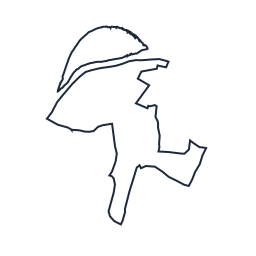 outline of Waraq, Al Jizah, Egypt, rotated 285°
{"feature_id": "37247803B78325352338503", "entity_name": "Waraq", "entity_type": "district", "adm_level": 2, "iso_a3": "EGY", "parent_name": "Egypt", "parent_adm1": "Al Jizah", "projection": "orthographic", "projection_center": [31.223, 30.097], "detail": "fine", "context": "isolated", "style": "outline", "palette": "slate", "viewbox_px": 256, "rotation_deg": 285, "n_neighbors": 0, "source": "geoboundaries", "source_scale": "gbopen_adm2", "svg_char_len": 5401}
<svg xmlns="http://www.w3.org/2000/svg" viewBox="0 0 256 256"><g transform="rotate(285 128 128)"><path d="M132.0,191.2L123.1,192.4L117.8,189.2L117.1,186.2L115.2,172.9L113.2,163.5L117.7,163.3L120.4,162.2L128.8,160.6L136.0,157.0L136.8,156.7L139.2,156.2L142.1,155.0L145.8,151.7L156.5,150.0L157.1,147.9L156.7,147.5L154.7,143.6L154.7,141.9L152.1,141.7L153.9,129.3L174.7,137.4L178.2,124.7L186.0,126.3L192.7,140.5L196.1,140.4L196.1,142.1L196.5,149.1L201.0,149.7L202.5,150.0L202.7,148.9L202.7,140.5L200.7,134.2L196.8,123.1L195.7,118.2L192.6,111.5L188.8,106.4L185.3,100.8L183.0,96.0L178.8,86.0L174.2,77.4L171.1,72.5L165.1,68.1L156.5,63.0L143.7,56.9L134.8,52.9L127.8,51.3L127.2,51.1L125.3,50.8L123.9,50.5L116.0,47.3L115.7,48.4L113.0,59.4L112.9,69.5L112.1,73.0L111.4,74.0L111.7,73.9L113.2,81.9L113.3,86.9L114.3,91.5L116.2,95.6L121.3,98.7L124.1,102.8L128.0,111.5L106.7,120.3L100.4,123.8L92.4,124.7L81.7,123.8L77.3,122.3L77.3,124.7L75.5,127.3L70.1,130.0L62.1,130.9L42.5,130.8L38.0,133.5L34.5,138.8L33.0,146.0L37.1,146.8L46.4,146.9L48.7,146.0L67.3,145.8L80.3,146.3L92.0,146.7L95.0,148.8L92.5,151.0L95.9,155.1L97.6,164.0L94.8,172.3L91.3,180.1L90.0,186.9L87.7,197.0L87.7,201.7L94.8,203.3L102.9,204.2L111.6,206.7L120.7,207.0L128.8,208.7L128.7,206.1L128.0,201.9L130.2,195.7L132.0,191.2ZM151.5,55.1L151.8,55.0L153.0,55.8L155.6,57.6L156.2,58.0L158.8,58.6L163.6,59.9L167.1,61.1L167.8,61.4L168.8,61.9L170.5,62.9L171.1,63.1L171.6,63.5L171.8,64.1L171.9,64.4L172.7,64.9L173.9,65.6L174.5,66.0L175.1,66.5L175.7,67.2L176.2,67.8L178.1,70.8L179.2,72.1L179.7,73.1L180.4,74.0L180.9,74.7L181.3,75.8L183.7,80.5L184.3,82.4L184.6,83.6L185.3,85.7L185.7,86.5L186.5,88.2L187.1,89.6L187.4,90.2L188.2,91.3L188.6,92.0L188.8,92.4L189.1,93.5L189.7,94.5L191.3,97.8L192.3,100.2L192.8,101.3L193.4,102.3L193.4,102.6L193.6,103.0L194.5,104.5L195.3,105.5L195.9,106.2L196.6,106.8L196.6,107.7L196.7,108.2L196.7,108.3L196.8,108.3L196.9,108.1L197.1,107.9L197.4,107.8L197.7,107.9L197.8,108.1L197.8,108.3L198.1,108.4L198.2,108.5L197.7,109.1L197.9,109.6L198.0,109.8L198.4,110.0L198.6,110.2L199.1,110.9L199.0,111.1L199.1,111.3L199.3,111.4L199.6,111.3L199.8,111.1L200.0,111.1L200.5,111.6L200.7,111.8L200.7,112.1L200.5,112.5L200.3,112.7L200.2,113.0L200.5,113.6L201.6,115.4L201.9,116.0L202.1,117.0L202.3,117.4L202.7,117.8L203.5,118.3L205.4,120.0L206.5,121.1L206.9,121.6L207.3,122.3L207.8,123.3L208.4,124.7L209.5,126.4L210.3,126.1L210.6,125.9L210.9,125.6L211.4,125.0L211.8,124.5L212.3,123.5L212.4,123.1L212.4,122.8L212.1,122.5L212.2,122.4L212.4,122.2L212.5,122.0L212.3,121.8L211.9,121.5L211.9,121.4L212.1,121.2L212.3,121.2L212.5,121.2L212.7,121.3L212.8,121.2L213.2,120.7L213.6,120.4L213.7,120.2L214.3,119.1L215.0,117.9L215.5,117.3L215.4,117.2L214.9,117.0L214.8,116.8L214.5,116.5L214.3,116.1L214.9,116.6L215.1,116.8L215.6,117.0L215.9,116.9L216.0,116.7L216.5,115.9L216.4,115.7L216.1,115.5L216.1,115.4L216.4,115.2L216.8,115.2L217.1,114.8L217.5,114.5L217.6,114.2L217.9,113.9L218.2,113.5L218.3,113.4L218.3,113.2L218.2,113.0L218.0,112.8L217.6,112.4L217.3,112.3L216.9,112.2L216.7,112.0L216.5,111.8L216.6,111.6L216.8,111.4L217.0,111.4L217.7,111.5L218.1,111.7L218.4,111.5L218.9,111.6L218.8,111.3L217.9,110.4L217.9,110.2L218.0,110.0L218.8,110.5L219.0,110.7L219.2,110.8L219.5,110.7L219.7,110.4L219.7,109.9L219.8,109.6L219.8,109.4L219.6,109.2L219.2,108.9L218.9,108.7L219.0,108.4L219.3,108.3L219.5,108.4L219.8,108.6L220.0,108.6L220.3,107.9L220.3,107.6L220.1,107.6L219.7,107.5L219.6,107.4L219.5,107.2L219.8,107.1L220.4,107.3L220.5,107.3L220.6,107.1L220.5,106.9L219.8,106.5L219.7,106.4L219.6,106.1L219.8,105.6L220.0,105.2L220.3,105.0L220.5,104.9L220.7,105.2L220.9,105.4L221.3,105.4L221.5,105.4L221.5,105.1L221.4,104.9L220.4,103.6L220.2,103.3L220.3,103.3L220.6,103.5L221.6,104.2L221.9,103.2L222.1,102.3L221.4,102.1L221.2,102.0L221.3,101.9L222.1,101.9L222.2,101.6L222.0,101.2L222.3,101.0L222.3,100.9L222.2,100.8L222.0,100.7L222.0,100.4L221.8,100.2L221.7,99.9L221.8,98.2L221.9,97.8L222.1,97.9L222.2,98.1L222.4,98.1L222.4,97.9L222.3,97.4L222.4,97.2L222.8,97.1L222.9,96.9L222.2,96.9L222.2,96.7L222.7,96.3L222.9,96.1L222.7,95.5L222.6,95.2L222.4,94.4L222.4,94.1L222.5,94.0L222.5,93.7L222.5,93.3L222.8,92.7L222.8,91.8L223.0,91.4L222.9,91.0L222.8,90.9L221.9,91.0L221.7,91.0L221.6,90.9L222.1,90.6L222.2,90.4L222.4,90.2L222.3,89.6L221.9,88.1L221.8,87.4L221.8,87.0L221.8,86.5L221.7,86.3L221.6,85.9L221.4,85.6L221.2,85.3L221.0,85.2L220.4,85.2L220.2,85.2L220.3,85.1L220.6,84.7L220.7,84.1L220.2,82.8L220.1,82.2L220.2,81.8L220.6,81.3L220.6,81.2L220.5,80.9L220.2,80.5L220.1,80.3L219.3,77.7L219.1,77.1L218.8,76.7L218.3,76.4L218.2,76.1L218.0,75.4L217.8,75.0L217.0,73.7L216.5,72.8L216.1,72.3L215.0,70.8L212.3,67.8L211.7,67.0L211.0,66.0L210.2,65.1L209.6,64.7L208.6,64.3L206.1,62.5L202.6,60.2L201.6,59.6L200.4,59.0L198.9,58.3L197.8,58.0L195.6,57.2L194.3,56.8L192.9,56.2L191.3,55.7L188.5,54.8L186.8,54.1L186.3,54.0L185.5,53.9L183.3,53.4L180.1,52.9L179.3,52.8L178.6,52.8L177.6,52.7L175.8,52.6L174.8,52.5L174.2,52.4L173.4,52.4L170.8,52.2L169.0,52.1L166.1,51.9L164.5,51.8L163.4,51.7L160.9,51.5L160.5,51.5L160.1,51.6L159.2,52.1L158.7,52.3L158.2,52.3L157.7,52.3L156.8,51.9L156.5,51.7L156.0,51.7L155.4,51.6L154.4,51.4L154.2,51.0L154.1,50.9L153.7,51.0L152.8,51.1L152.5,51.2L152.2,51.1L151.6,50.8L151.3,50.8L146.6,50.6L145.4,50.6L145.1,50.7L145.2,50.9L145.7,51.3L149.0,53.2L149.2,53.3L149.3,53.6L149.4,53.8L149.7,54.1L150.4,54.5L151.2,55.0L151.5,55.1Z" fill="none" stroke="#1e293b" stroke-width="2"/></g></svg>